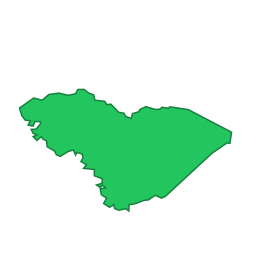 outline of Austin, Texas, United States of America, rotated 146°
{"feature_id": "52423323B73481023135249", "entity_name": "Austin", "entity_type": "district", "adm_level": 2, "iso_a3": "USA", "parent_name": "United States of America", "parent_adm1": "Texas", "projection": "albers", "projection_center": [-96.191, 29.849], "detail": "fine", "context": "isolated", "style": "filled", "palette": "green", "viewbox_px": 256, "rotation_deg": 146, "n_neighbors": 0, "source": "geoboundaries", "source_scale": "gbopen_adm2", "svg_char_len": 1213}
<svg xmlns="http://www.w3.org/2000/svg" viewBox="0 0 256 256"><g transform="rotate(146 128 128)"><path d="M165.8,195.6L174.9,200.0L183.7,199.1L189.4,205.6L206.8,205.2L209.1,197.6L208.8,191.9L204.9,188.7L209.2,186.2L205.5,182.6L201.6,185.5L197.2,182.3L198.0,180.5L204.8,178.4L209.0,181.0L209.6,176.8L207.4,173.2L211.5,173.9L210.4,168.6L204.7,169.3L204.6,166.0L202.7,163.0L205.5,157.6L201.8,150.0L202.3,145.8L200.1,142.4L191.1,142.0L185.6,140.4L186.6,134.9L184.1,136.5L180.5,131.9L181.9,128.5L185.8,126.5L182.9,120.7L187.4,119.4L179.1,112.4L182.6,107.2L177.7,100.3L180.4,96.7L186.0,98.4L184.5,94.7L181.0,94.8L180.1,90.6L184.8,93.5L187.4,87.6L185.0,81.8L190.4,79.1L187.7,72.7L182.6,72.2L184.2,68.6L181.6,65.0L175.2,62.5L173.7,58.7L170.1,63.8L164.6,61.3L155.3,59.1L151.3,57.0L143.0,57.0L139.4,51.1L135.3,50.4L72.5,60.1L54.3,60.3L52.1,58.3L44.5,66.6L58.6,92.6L67.8,109.6L81.5,122.2L83.3,121.7L88.3,126.2L91.1,125.7L95.2,128.3L101.2,135.7L107.7,136.7L110.3,135.5L116.2,137.4L120.1,134.1L123.5,138.9L123.0,142.5L126.9,146.2L128.9,157.4L132.6,159.2L132.3,163.1L140.0,169.6L137.9,174.7L141.0,178.9L142.9,184.6L148.1,188.0L152.3,185.8L159.3,188.5L165.8,195.6Z" fill="#22c55e" stroke="#15803d" stroke-width="1.5"/></g></svg>